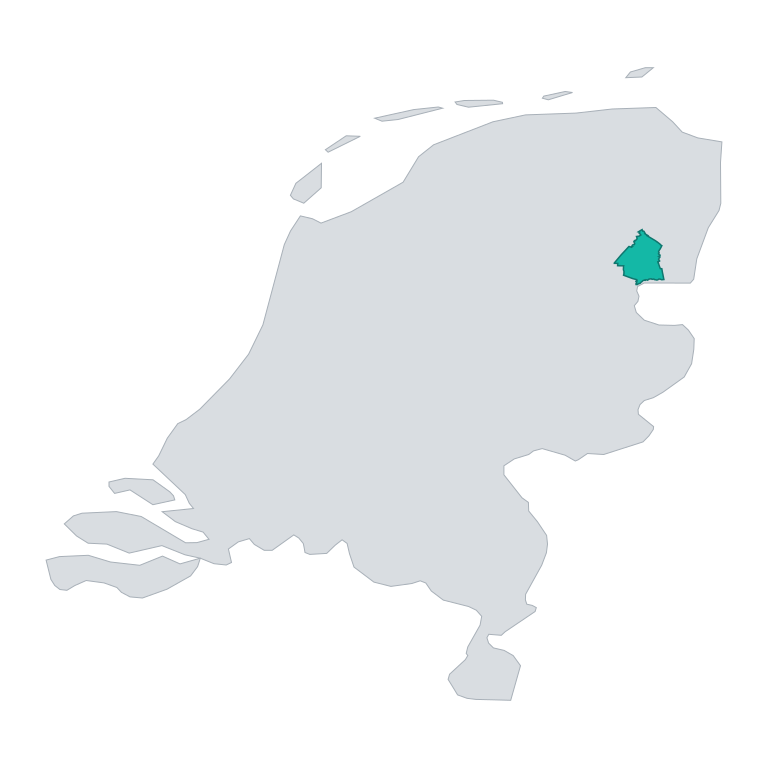 Coevorden, Drenthe, Netherlands shown in context
{"feature_id": "6326949B84902170380829", "entity_name": "Coevorden", "entity_type": "district", "adm_level": 2, "iso_a3": "NLD", "parent_name": "Netherlands", "parent_adm1": "Drenthe", "projection": "equal_earth", "projection_center": [6.762, 52.753], "detail": "fine", "context": "in_parent", "style": "filled", "palette": "teal", "viewbox_px": 768, "rotation_deg": 0, "n_neighbors": 0, "source": "geoboundaries", "source_scale": "gbopen_adm2", "svg_char_len": 6500}
<svg xmlns="http://www.w3.org/2000/svg" viewBox="0 0 768 768"><path d="M510.7,700.3L492.7,699.8L475.9,699.4L467.0,698.3L457.6,694.9L453.3,687.8L448.1,679.4L449.6,674.2L465.4,659.6L467.8,655.5L466.2,653.4L467.8,646.9L480.1,625.1L481.7,616.3L476.3,610.2L468.6,606.5L443.3,600.1L431.3,591.0L425.8,583.0L420.2,580.8L411.9,583.5L390.9,586.4L373.9,582.1L354.0,567.1L349.5,553.7L347.1,543.4L342.1,539.8L335.3,545.1L326.7,553.4L309.8,554.4L305.0,552.5L304.2,547.9L303.3,543.5L298.8,538.0L293.8,534.9L272.2,550.3L264.2,550.3L254.3,544.4L249.4,538.6L238.3,541.9L228.4,549.0L231.5,562.5L226.2,565.0L214.0,563.7L200.3,558.2L185.0,554.8L161.9,545.6L129.2,553.1L106.9,544.1L88.1,543.2L76.6,536.0L64.3,523.9L73.4,515.9L82.0,513.2L116.4,511.6L141.2,516.5L185.6,542.8L197.0,542.6L209.0,539.3L203.1,532.1L191.9,528.7L175.3,521.6L162.2,511.7L193.5,508.5L189.3,503.3L185.3,494.6L152.9,464.1L158.7,455.9L167.3,438.2L177.8,423.6L186.1,419.6L199.8,409.2L229.6,378.9L248.6,354.2L262.9,324.9L284.3,244.6L290.5,231.0L300.4,215.9L312.6,218.8L321.0,223.1L351.3,211.7L403.1,182.2L418.6,156.7L433.6,144.8L492.9,121.8L525.5,114.9L575.9,113.1L612.2,109.0L655.9,107.5L672.6,121.7L682.2,132.1L697.8,137.9L721.9,141.9L720.5,162.5L720.8,203.3L719.0,210.5L708.3,227.7L696.8,258.8L693.7,279.2L690.3,283.1L644.2,283.0L637.6,286.5L636.7,290.9L639.0,296.2L637.9,301.4L634.3,305.7L636.3,312.5L644.3,320.2L658.9,325.0L674.5,325.4L682.5,324.6L688.4,330.1L694.2,338.6L693.8,349.3L691.6,363.7L684.2,377.0L662.8,392.3L653.3,397.7L644.3,400.5L640.0,404.6L638.0,409.7L638.4,414.3L653.6,426.6L653.3,429.4L648.9,435.9L643.0,441.9L603.7,454.5L587.5,453.5L578.2,459.8L575.3,461.0L565.1,455.2L542.2,448.6L533.5,450.9L528.7,454.5L514.3,458.9L503.9,465.8L503.9,474.8L522.0,497.8L528.4,502.4L528.7,511.0L537.5,521.8L546.6,535.4L547.5,544.1L546.4,552.8L541.7,565.2L525.6,594.3L525.4,599.9L526.8,604.2L532.2,605.4L536.3,607.6L535.1,611.5L505.2,631.7L501.3,635.3L488.8,634.3L486.9,637.7L488.6,643.1L493.4,647.9L504.1,650.4L513.2,655.6L520.5,665.7L510.7,700.3ZM200.3,558.2L197.6,566.6L190.6,575.9L167.0,589.2L142.5,598.0L130.0,596.9L121.4,592.3L116.9,587.5L104.0,582.9L86.2,580.5L74.9,585.5L66.9,590.3L59.9,589.5L54.8,585.5L50.9,579.4L46.1,560.1L59.5,556.6L88.3,555.3L110.5,562.0L139.8,565.3L162.5,556.1L180.0,563.9L200.3,558.2ZM153.0,479.8L169.9,491.9L173.5,495.8L174.8,499.9L152.9,504.7L130.0,489.9L114.6,493.4L109.0,486.4L109.0,482.0L125.0,478.3L153.0,479.8ZM321.2,187.8L303.8,203.2L293.4,198.9L290.4,195.3L295.9,183.3L321.5,163.3L321.2,187.8ZM398.1,119.5L382.0,121.2L374.7,118.2L413.7,109.6L438.3,107.0L442.6,108.2L398.1,119.5ZM502.6,103.7L468.5,107.2L457.0,104.5L455.1,102.0L464.4,100.5L493.5,100.2L502.4,102.3L502.6,103.7ZM360.3,136.3L328.1,152.2L325.4,149.7L346.2,135.8L360.3,136.3ZM641.9,77.0L625.8,77.7L630.4,72.0L645.3,67.7L653.3,67.7L641.9,77.0ZM572.5,92.5L548.3,99.8L542.4,98.2L543.8,96.1L565.2,91.5L572.5,92.5Z" fill="#d9dde1" stroke="#a8b0b8" stroke-width="1"/><path d="M623.5,275.2L632.7,278.6L637.3,279.8L637.2,279.8L637.2,280.0L636.8,280.3L636.7,280.4L636.7,280.5L636.8,280.8L636.7,280.9L636.7,281.0L636.4,281.0L636.1,281.1L636.0,281.3L636.4,281.4L636.6,281.4L636.7,281.5L636.8,281.5L636.9,281.8L636.7,282.0L636.6,282.3L636.4,282.5L636.4,282.8L636.5,283.0L636.5,283.3L636.2,283.7L636.2,283.8L635.9,284.0L636.1,284.5L636.5,284.4L636.8,284.5L637.0,284.6L637.2,284.3L637.3,284.3L637.5,284.3L638.1,284.0L638.2,283.9L638.3,283.8L638.5,283.8L638.6,283.7L638.8,283.6L639.0,283.6L639.4,283.5L639.7,283.4L640.1,283.2L640.3,283.2L640.5,282.9L640.7,282.7L641.1,282.2L642.0,281.6L642.2,281.4L642.4,281.2L642.5,281.1L642.8,280.8L643.1,280.5L643.8,280.3L644.6,280.2L644.8,279.9L645.0,279.9L645.1,280.0L644.9,280.1L644.9,280.3L645.1,280.4L645.3,280.3L645.3,280.2L645.6,280.0L646.0,279.7L647.6,280.2L648.3,279.5L648.4,279.4L648.6,279.5L648.7,279.4L649.2,279.1L650.3,278.9L650.9,279.0L651.0,279.0L651.1,278.9L651.3,278.9L651.5,278.9L651.6,279.0L652.0,279.3L652.3,279.3L653.6,279.1L653.8,279.1L654.1,279.2L654.2,279.3L654.4,279.6L654.5,279.6L656.0,279.8L656.3,280.0L656.9,280.0L657.1,280.0L658.0,279.7L658.3,279.5L658.4,279.4L658.5,279.3L658.6,279.2L658.8,279.1L659.7,279.1L659.9,279.1L660.0,279.1L661.9,279.8L662.0,279.8L662.2,279.7L662.4,279.6L662.5,279.6L663.0,279.6L663.9,279.5L663.5,277.7L663.4,276.9L663.3,276.6L663.0,275.1L663.0,274.9L662.9,274.6L662.8,274.0L662.7,273.7L662.6,273.2L662.4,272.1L661.8,268.7L660.3,268.6L659.9,267.6L659.1,265.3L658.8,264.4L658.4,262.9L658.1,262.9L657.8,261.8L658.1,261.7L658.4,261.5L659.6,261.1L659.6,260.8L659.5,260.7L659.4,260.5L658.7,259.6L658.6,259.4L658.6,259.2L658.8,259.0L658.9,258.9L658.9,258.7L659.0,258.3L659.0,258.2L659.3,258.0L659.4,257.8L659.4,257.7L659.5,257.7L659.8,257.4L659.9,257.2L659.8,256.9L659.9,256.7L659.8,256.4L659.2,256.3L659.4,256.2L659.5,256.1L659.7,255.8L659.8,255.8L660.1,255.2L659.9,255.0L659.8,254.9L659.6,254.9L659.3,254.8L659.1,254.6L658.9,254.3L658.6,254.0L658.6,253.9L658.5,253.7L658.9,253.3L659.0,253.2L659.1,252.9L659.1,252.7L658.9,252.4L658.6,252.1L658.6,251.8L658.6,251.7L658.6,251.4L658.9,250.9L659.0,250.8L659.1,250.6L659.5,249.8L659.6,249.7L659.9,249.3L660.0,249.2L660.4,248.5L660.4,248.3L660.6,248.1L660.7,247.9L660.8,247.8L661.0,247.3L661.1,247.2L661.4,246.5L661.5,246.4L661.6,246.0L661.6,245.9L661.8,245.7L660.2,244.5L660.1,244.3L660.1,244.2L657.3,242.0L657.2,242.1L656.0,241.1L654.9,240.4L647.2,235.8L647.8,235.5L645.5,234.1L645.4,234.1L645.0,233.8L645.0,233.5L644.9,233.4L645.1,233.3L644.8,232.8L644.0,231.4L643.6,231.1L642.8,231.2L642.5,230.8L642.3,230.4L642.1,229.6L640.7,230.4L638.3,231.9L639.6,232.3L639.2,233.3L640.3,234.2L640.3,234.3L640.4,234.5L640.5,234.6L640.7,234.9L640.8,235.0L639.2,236.1L636.5,236.5L636.9,237.5L637.1,238.8L635.5,240.5L635.1,240.9L634.9,240.8L634.7,240.6L634.4,240.9L634.2,241.0L634.0,241.3L634.0,241.5L633.9,241.7L634.1,241.8L634.3,242.5L634.5,243.0L634.6,243.3L634.7,243.5L634.4,244.0L634.5,244.3L634.4,244.5L634.1,244.5L632.5,245.0L632.3,245.3L632.1,246.1L631.9,246.1L631.7,246.3L631.5,246.7L631.9,246.9L632.0,246.9L631.5,247.3L630.2,246.8L629.0,246.5L628.9,246.5L625.6,250.1L621.2,254.8L614.3,263.0L614.3,263.3L617.7,263.4L617.8,263.4L617.6,265.7L619.6,265.8L620.1,265.8L620.2,265.7L620.4,265.8L620.6,265.8L622.6,265.8L622.8,265.8L623.1,265.8L623.3,265.8L623.6,265.8L623.5,266.1L623.5,267.1L623.5,267.7L623.4,269.0L623.4,269.4L623.4,269.5L623.5,270.1L623.9,271.2L624.0,271.3L624.0,271.5L623.9,272.8L624.0,272.9L624.0,273.1L623.9,273.2L623.9,274.1L623.9,274.3L623.5,275.1L623.5,275.2Z" fill="#14b8a6" stroke="#0f766e" stroke-width="1.5"/></svg>